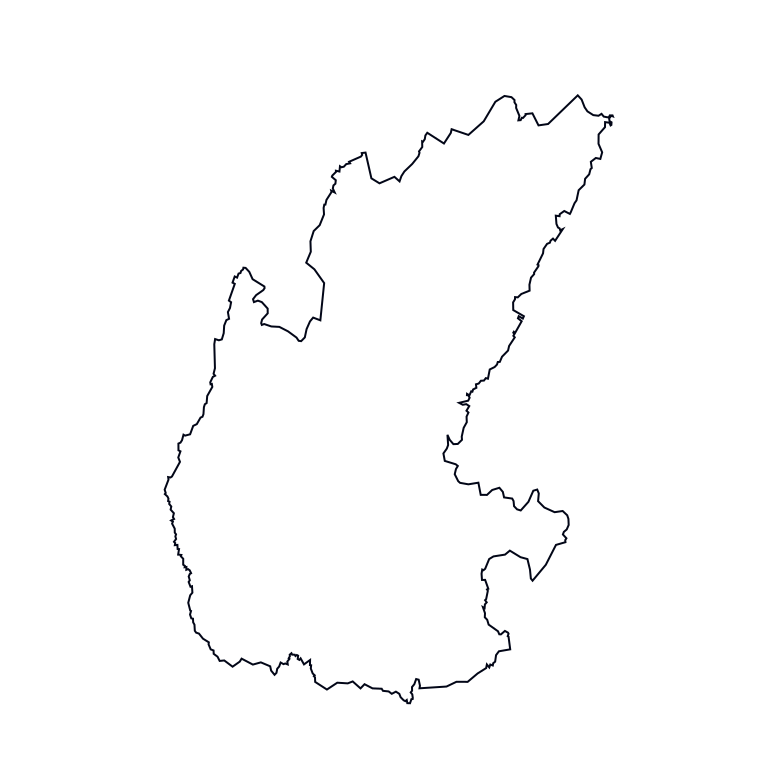 Apatzingán, Michoacán, Mexico, rotated 8°
{"feature_id": "50627088B48290747904109", "entity_name": "Apatzingán", "entity_type": "district", "adm_level": 2, "iso_a3": "MEX", "parent_name": "Mexico", "parent_adm1": "Michoacán", "projection": "equal_earth", "projection_center": [-102.377, 18.969], "detail": "fine", "context": "isolated", "style": "outline", "palette": "ink", "viewbox_px": 768, "rotation_deg": 8, "n_neighbors": 0, "source": "geoboundaries", "source_scale": "gbopen_adm2", "svg_char_len": 6131}
<svg xmlns="http://www.w3.org/2000/svg" viewBox="0 0 768 768"><g transform="rotate(8 384 384)"><path d="M558.5,558.1L569.4,540.5L576.7,519.4L585.7,515.4L585.2,513.4L586.1,511.4L582.1,508.1L582.7,505.4L585.2,502.6L586.5,497.9L585.4,491.9L583.7,488.5L578.6,484.9L570.8,487.2L560.0,484.0L552.9,478.6L552.5,470.8L550.4,467.2L546.7,468.9L543.4,480.6L537.0,490.2L533.2,489.6L529.8,486.9L528.6,481.9L526.9,479.6L518.7,479.6L516.7,474.3L512.7,470.7L505.9,473.9L501.4,479.5L495.2,480.3L491.2,468.6L481.5,471.6L473.1,471.3L471.0,469.9L466.6,463.5L467.1,458.2L468.5,454.9L466.2,453.5L454.9,451.7L452.5,444.5L455.2,439.2L456.0,435.5L453.9,425.5L456.8,430.1L461.1,433.9L465.4,433.1L469.0,428.4L468.3,425.3L469.0,416.3L471.3,410.3L470.3,404.8L471.6,400.5L469.4,399.0L471.5,394.0L468.3,392.5L464.9,393.6L461.0,392.2L469.7,388.8L470.7,385.7L469.0,383.4L467.7,383.5L467.6,382.2L470.2,383.3L471.4,379.1L472.6,379.3L473.0,377.0L476.0,374.9L475.1,371.5L477.7,370.4L479.5,367.3L482.5,366.7L484.0,364.0L486.2,364.3L486.7,354.9L491.2,351.8L493.2,349.0L493.6,346.4L495.6,346.0L497.1,340.5L502.2,333.6L502.6,328.9L507.0,319.6L505.4,318.3L506.2,316.4L504.9,315.2L505.3,314.2L506.7,315.2L511.6,302.7L507.5,300.3L508.0,298.1L512.4,299.9L513.1,297.4L501.7,292.8L500.5,285.2L501.9,281.9L501.7,279.7L504.4,279.6L507.5,275.7L515.2,271.3L514.2,265.4L514.8,258.2L517.4,254.3L517.1,252.8L520.5,246.0L520.5,244.8L519.4,244.4L523.3,232.5L523.2,228.1L526.0,222.5L528.6,221.0L529.0,218.9L531.1,216.5L533.5,218.4L539.5,205.7L537.1,207.3L536.3,205.5L534.5,204.8L532.5,201.5L530.7,193.4L534.5,193.4L534.4,191.4L538.4,187.6L544.4,189.7L545.0,188.1L547.5,178.5L549.1,175.3L549.8,165.0L554.7,158.6L554.6,152.8L558.0,147.8L558.6,142.5L559.7,141.2L557.9,135.2L562.3,130.7L566.9,131.0L567.8,124.2L563.0,116.3L561.8,107.0L567.1,98.9L566.5,93.9L570.9,93.9L572.4,96.4L573.1,95.8L572.9,93.2L570.8,92.3L570.0,89.8L571.7,86.7L573.4,87.1L572.9,86.2L570.2,86.6L569.7,88.4L568.1,88.8L564.4,88.6L561.8,86.2L559.1,88.5L553.8,88.6L547.5,85.7L544.2,82.1L540.1,74.8L535.7,71.2L510.3,103.7L501.0,106.4L493.3,95.3L486.6,97.0L486.8,98.1L484.6,101.2L483.4,101.2L482.6,103.7L480.4,104.2L480.8,99.7L476.4,92.2L476.1,89.3L474.0,86.9L473.7,84.6L470.3,82.2L463.2,82.0L455.0,89.0L446.2,110.0L432.9,125.6L415.5,122.3L415.2,126.1L409.9,137.5L391.9,129.2L390.4,132.1L390.3,135.9L388.9,138.7L388.0,138.4L388.9,144.0L386.3,148.8L387.0,150.1L386.4,153.7L381.3,162.2L374.6,170.7L372.3,175.7L371.2,181.2L365.5,177.4L351.6,185.9L342.9,182.1L333.5,157.4L329.8,158.4L330.5,160.2L329.5,162.0L318.5,168.8L319.7,170.2L316.0,171.5L314.0,174.4L311.7,175.3L310.1,174.5L310.3,179.8L306.7,179.5L306.9,180.7L303.8,184.8L303.5,186.1L307.9,188.9L308.0,192.4L306.3,194.4L306.1,197.5L308.5,201.2L304.8,199.9L305.3,201.2L301.4,209.7L301.0,214.5L299.9,214.7L299.7,218.1L301.0,224.4L298.2,235.7L293.1,242.3L291.3,252.9L293.1,263.2L290.1,274.7L299.1,280.1L310.7,292.4L312.1,329.8L304.6,328.1L302.0,332.3L299.7,340.4L299.1,348.9L296.0,353.1L293.5,353.1L290.9,350.2L281.6,345.2L272.4,342.0L264.4,342.7L257.0,341.3L254.8,342.5L253.9,340.8L254.3,337.1L259.0,330.2L258.3,325.5L251.6,319.9L247.5,319.0L243.8,321.0L242.5,318.2L245.0,313.8L251.4,307.8L252.4,305.7L252.0,304.1L239.3,298.5L235.0,291.7L230.8,288.3L228.6,288.4L228.5,290.2L226.8,291.9L226.4,294.1L224.6,294.9L223.7,299.1L221.2,298.3L219.9,304.7L222.3,305.6L218.8,323.0L221.2,324.3L220.9,330.2L219.4,334.5L221.5,341.0L219.0,342.7L217.6,348.4L218.2,356.0L217.2,362.4L214.4,363.7L210.5,363.0L210.4,368.2L214.4,391.9L213.8,397.6L215.6,399.3L213.5,400.8L211.7,406.5L212.3,408.4L213.5,407.9L214.4,410.8L210.6,420.5L211.0,427.6L209.4,429.0L208.9,432.0L209.4,439.0L208.8,441.7L207.0,442.8L204.2,449.8L200.9,452.0L199.0,460.8L194.2,462.8L192.5,462.1L191.8,467.8L190.6,470.4L188.7,471.6L189.7,478.3L191.8,479.0L190.5,485.4L192.8,489.5L186.9,505.1L185.6,506.3L183.2,506.2L183.9,508.7L181.5,519.2L183.0,522.3L182.3,523.5L185.2,525.5L186.5,527.5L186.5,530.0L188.0,530.4L188.0,532.7L190.4,534.9L190.2,538.1L193.9,541.2L193.5,545.2L194.9,546.9L192.2,548.8L194.1,549.7L193.6,551.8L196.9,556.4L197.5,560.3L199.0,561.8L198.6,564.0L199.7,566.4L198.0,569.5L199.4,570.6L199.3,572.7L201.8,572.1L202.6,576.1L204.0,576.0L203.9,581.6L207.1,581.5L206.8,582.9L209.5,585.0L210.3,590.9L212.2,591.9L212.1,593.2L213.8,592.7L214.1,595.5L215.7,594.6L217.5,595.5L219.3,598.2L218.1,599.2L217.4,601.8L219.0,605.4L218.1,607.2L220.6,611.7L222.0,611.0L223.3,617.3L221.5,620.2L220.6,627.9L223.6,635.2L224.5,635.6L224.0,639.3L225.8,642.9L227.5,643.0L228.2,646.6L229.8,648.7L231.0,654.7L232.6,656.4L235.5,656.9L240.2,661.4L246.5,664.2L246.5,666.2L249.3,670.9L252.3,671.6L252.9,674.9L257.1,677.2L259.8,681.1L264.3,680.0L273.4,685.0L279.8,679.0L281.2,675.8L293.2,680.1L300.8,676.8L310.6,679.4L312.1,683.5L316.1,687.2L317.7,685.0L317.9,680.8L319.5,678.4L320.4,674.2L323.5,675.4L325.1,674.5L327.7,675.1L326.9,672.3L328.6,669.4L327.8,668.9L328.7,666.7L328.3,665.2L329.8,663.5L330.7,664.8L333.3,664.5L334.2,665.7L335.4,664.5L336.8,665.0L336.8,668.3L338.6,669.0L339.6,667.3L343.8,672.8L349.2,667.6L349.8,672.7L351.0,672.7L351.1,675.9L353.7,680.6L355.9,682.1L355.2,683.1L356.5,684.1L357.3,688.6L370.0,694.5L379.3,686.3L389.8,685.5L394.4,682.9L403.1,688.7L406.5,684.0L415.0,687.0L424.1,686.1L425.7,688.0L431.4,687.8L434.8,689.7L438.6,687.0L442.3,688.7L444.0,691.8L447.5,694.5L449.3,695.1L450.5,693.8L451.5,696.8L454.2,696.5L455.0,692.3L456.2,692.0L456.2,690.9L455.2,687.4L453.4,685.7L454.5,683.8L453.9,680.2L455.8,677.1L456.9,671.7L459.5,672.0L461.6,677.8L461.5,680.4L488.0,674.9L497.2,668.8L508.3,667.3L517.0,657.6L524.7,651.1L524.9,647.4L527.7,650.0L528.3,647.0L530.9,647.6L531.0,645.3L532.7,643.5L532.7,636.9L535.0,632.7L545.9,629.2L542.5,616.9L541.6,616.5L542.1,614.0L541.4,613.0L538.1,611.7L534.6,615.7L533.0,615.8L531.3,613.0L521.1,607.7L519.0,603.1L516.3,601.0L515.9,596.9L513.0,591.2L514.8,591.9L514.6,588.2L516.1,585.9L514.2,584.0L515.1,582.8L515.6,574.3L514.6,573.1L515.8,572.3L511.4,563.9L508.3,564.4L507.0,558.3L507.1,554.1L508.4,554.6L509.9,552.9L512.5,542.7L516.4,539.5L527.6,536.1L531.8,531.5L543.3,536.5L550.4,537.4L554.4,547.5L556.5,556.2L558.5,558.1Z" fill="none" stroke="#020617" stroke-width="2"/></g></svg>